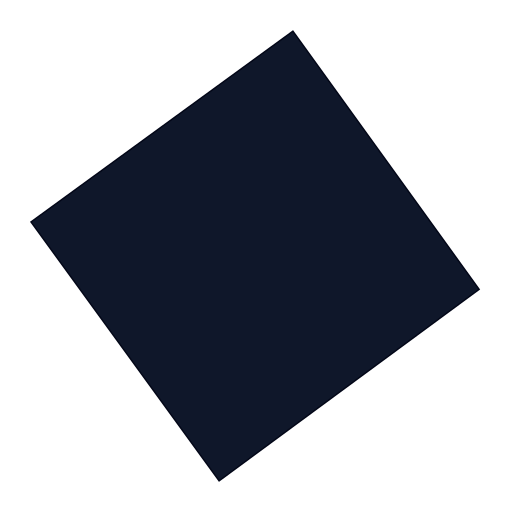 the district of Throckmorton, Texas, United States of America, rotated 54°
{"feature_id": "52423323B71191132614173", "entity_name": "Throckmorton", "entity_type": "district", "adm_level": 2, "iso_a3": "USA", "parent_name": "United States of America", "parent_adm1": "Texas", "projection": "robinson", "projection_center": [-99.173, 33.178], "detail": "fine", "context": "isolated", "style": "filled", "palette": "ink", "viewbox_px": 512, "rotation_deg": 54, "n_neighbors": 0, "source": "geoboundaries", "source_scale": "gbopen_adm2", "svg_char_len": 238}
<svg xmlns="http://www.w3.org/2000/svg" viewBox="0 0 512 512"><g transform="rotate(54 256 256)"><path d="M327.0,418.0L416.2,418.0L414.1,95.1L95.8,94.0L96.2,418.0L327.0,418.0Z" fill="#0f172a" stroke="#020617" stroke-width="1.5"/></g></svg>